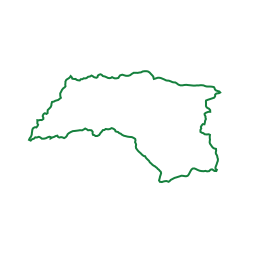 Joaquim Felício, Minas Gerais, Brazil, rotated 254°
{"feature_id": "56859067B86267150913030", "entity_name": "Joaquim Felício", "entity_type": "district", "adm_level": 2, "iso_a3": "BRA", "parent_name": "Brazil", "parent_adm1": "Minas Gerais", "projection": "natural_earth1", "projection_center": [-44.115, -17.647], "detail": "fine", "context": "isolated", "style": "outline", "palette": "green", "viewbox_px": 256, "rotation_deg": 254, "n_neighbors": 0, "source": "geoboundaries", "source_scale": "gbopen_adm2", "svg_char_len": 4389}
<svg xmlns="http://www.w3.org/2000/svg" viewBox="0 0 256 256"><g transform="rotate(254 128 128)"><path d="M154.4,38.9L154.1,37.0L153.1,35.8L152.1,35.3L150.9,34.8L149.7,34.2L148.5,33.8L147.4,33.1L146.3,32.2L145.3,30.8L143.9,29.6L142.7,31.0L143.6,32.5L143.7,34.7L144.6,36.3L144.0,37.7L144.1,39.9L143.0,41.2L141.5,42.2L140.9,44.4L140.8,46.3L141.2,48.2L141.3,50.0L140.6,51.1L139.3,50.7L139.8,52.8L139.8,54.4L140.2,56.2L140.1,58.0L138.7,58.3L137.8,59.3L137.7,61.1L137.0,62.5L135.9,63.8L136.3,65.5L137.3,67.1L138.6,68.2L139.3,69.6L139.9,71.9L140.2,74.1L139.8,76.2L139.5,78.2L139.3,79.6L139.1,81.3L138.4,83.3L138.8,85.1L139.3,86.7L138.1,88.0L136.8,89.0L136.6,90.5L135.8,92.3L134.1,93.0L132.4,92.4L131.0,92.5L130.5,93.6L129.3,94.5L128.8,96.3L129.2,98.4L130.8,100.2L131.9,102.0L132.9,103.2L132.6,104.7L133.2,106.3L132.2,108.5L132.0,110.3L132.4,112.2L131.7,113.3L130.8,114.2L129.7,115.0L128.2,115.1L127.5,116.2L126.8,117.4L125.5,118.1L124.5,119.5L123.2,120.3L121.7,121.9L120.7,123.7L119.8,125.2L119.1,126.8L118.2,129.2L116.9,130.7L115.5,131.9L114.1,131.8L112.4,130.9L110.9,131.2L109.7,131.2L108.0,130.4L106.3,130.2L105.0,130.7L103.6,131.2L102.1,132.0L100.3,133.2L99.1,133.8L97.9,134.5L96.7,135.5L96.1,136.7L94.7,136.9L93.6,137.4L92.2,138.2L90.5,139.2L89.0,139.5L87.5,140.5L86.0,141.3L84.8,142.2L83.8,143.3L82.8,143.9L81.9,144.7L80.5,145.3L79.4,146.2L78.1,146.7L77.0,147.4L75.5,147.4L73.9,146.4L72.5,145.4L71.5,144.9L70.3,144.2L69.1,143.4L67.5,143.8L66.7,145.7L66.8,147.3L66.7,148.8L66.4,150.4L65.1,152.2L65.6,153.6L66.3,154.7L66.7,156.6L67.2,159.0L67.2,161.4L67.3,164.5L67.4,166.2L66.9,167.6L66.2,169.0L65.6,170.5L65.6,172.1L66.2,173.1L67.1,174.1L68.6,175.5L69.9,176.8L70.7,177.8L71.2,179.1L70.8,180.7L69.8,182.0L69.0,182.8L68.0,184.0L67.1,185.2L66.2,187.1L65.6,188.9L65.4,190.7L64.5,192.1L64.2,194.1L65.2,195.9L65.1,197.4L64.1,198.3L62.9,199.2L62.3,201.0L63.3,201.9L64.6,200.9L66.0,201.2L67.5,202.3L68.8,203.3L70.1,204.1L71.5,205.2L73.4,205.9L75.0,205.8L76.3,206.0L77.9,205.8L79.0,205.4L80.5,205.7L82.0,206.5L83.7,206.8L84.4,205.5L85.1,204.6L86.7,203.7L88.6,203.1L90.3,202.5L91.6,202.5L93.2,203.1L94.2,203.6L95.7,203.8L97.2,204.2L98.8,204.9L99.7,203.9L100.1,201.8L100.9,199.9L102.2,199.1L103.0,197.8L104.3,196.6L106.2,197.1L107.4,198.3L108.9,198.3L110.2,199.6L111.1,201.0L110.5,202.5L111.9,203.3L113.8,204.2L115.2,205.4L116.4,205.3L117.8,205.7L119.6,205.3L120.6,205.6L121.1,206.8L121.3,208.2L121.4,209.8L120.9,211.5L122.6,211.9L124.2,211.2L125.1,210.2L126.1,209.3L127.6,209.0L129.3,209.5L130.6,209.9L131.7,210.1L132.9,210.6L133.1,212.4L133.2,215.0L133.3,217.1L133.4,219.2L134.5,220.5L136.1,221.0L136.8,222.5L136.6,223.8L136.4,225.1L136.7,226.4L137.9,225.9L139.0,224.1L140.1,222.7L141.2,222.2L142.4,222.2L143.7,221.8L144.6,220.0L145.2,218.4L145.7,216.6L146.3,214.9L147.1,213.6L148.1,212.4L148.6,211.2L149.1,209.8L149.5,207.4L150.0,205.8L150.3,204.0L150.9,202.1L151.6,200.4L152.2,198.9L152.7,197.6L153.4,196.0L153.8,194.1L154.0,192.1L154.6,190.1L155.7,188.5L156.6,187.8L157.6,187.1L158.7,186.1L159.2,184.7L159.8,183.4L161.1,181.9L162.3,180.2L162.7,178.9L163.3,177.7L164.7,176.2L165.9,174.7L167.0,173.3L167.6,172.1L168.1,170.6L168.0,168.1L168.0,166.4L169.2,166.3L170.4,166.5L171.8,165.9L173.5,165.0L175.5,164.0L176.9,162.7L177.6,161.2L178.0,159.8L178.3,157.8L177.9,155.7L178.2,154.1L178.3,152.7L178.8,151.0L179.5,148.8L179.0,146.7L178.2,144.7L178.1,142.8L178.7,140.5L179.7,138.9L180.8,137.2L180.8,135.0L179.8,133.6L178.8,132.6L178.9,130.8L179.3,129.1L180.2,127.8L181.3,126.7L180.9,125.5L181.0,124.0L181.6,122.6L182.6,121.5L183.8,120.1L184.9,118.1L186.3,117.4L187.2,116.4L187.2,115.1L186.7,113.5L185.3,112.7L185.0,111.5L185.9,109.8L186.7,108.9L187.7,108.3L188.5,107.3L188.0,106.0L188.2,103.7L187.4,101.9L187.5,100.4L188.0,99.1L187.5,97.7L187.9,96.0L187.0,94.7L187.7,93.0L188.6,91.7L189.6,91.2L189.9,89.9L190.7,88.1L192.3,87.9L193.7,87.2L192.6,85.9L192.0,84.3L191.7,83.0L191.1,81.7L189.8,80.6L188.5,80.3L187.2,79.7L185.3,79.4L184.5,78.2L184.0,76.7L182.8,75.0L181.3,73.7L180.0,72.4L178.2,71.9L176.9,71.7L175.5,71.8L174.9,70.3L174.2,68.7L174.2,67.0L174.2,65.5L173.8,64.0L174.0,62.2L172.3,61.1L170.9,60.6L169.5,59.5L168.4,57.7L167.4,55.8L165.9,55.2L164.5,54.8L164.0,53.5L165.1,52.2L164.8,50.9L163.6,49.6L162.5,49.2L161.4,49.5L160.0,49.1L159.4,47.3L159.9,45.8L160.0,44.2L160.5,43.0L158.9,42.6L157.4,42.1L155.9,42.5L154.7,41.4L153.8,40.1L154.4,38.9Z" fill="none" stroke="#15803d" stroke-width="2"/></g></svg>